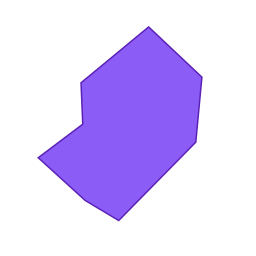 Zalaegerszeg, Albers equal-area conic projection, rotated 53°
{"feature_id": "HUN-4910", "entity_name": "Zalaegerszeg", "entity_type": "Urban county", "adm_level": 1, "iso_a3": "HUN", "parent_name": "Hungary", "parent_adm1": "", "projection": "albers", "projection_center": [16.838, 46.845], "detail": "fine", "context": "isolated", "style": "filled", "palette": "violet", "viewbox_px": 256, "rotation_deg": 53, "n_neighbors": 0, "source": "natural_earth", "source_scale": "10m", "svg_char_len": 270}
<svg xmlns="http://www.w3.org/2000/svg" viewBox="0 0 256 256"><g transform="rotate(53 128 128)"><path d="M131.9,38.4L180.1,82.4L196.3,191.1L160.1,205.8L97.7,217.6L97.7,161.8L63.6,138.3L59.7,50.7L131.9,38.4Z" fill="#8b5cf6" stroke="#5b21b6" stroke-width="1.5"/></g></svg>